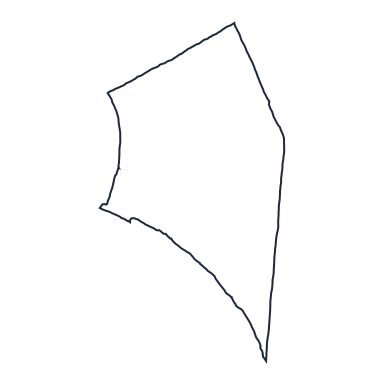 the district of Rufisque, Dakar, Senegal
{"feature_id": "50182788B16861669195445", "entity_name": "Rufisque", "entity_type": "district", "adm_level": 2, "iso_a3": "SEN", "parent_name": "Senegal", "parent_adm1": "Dakar", "projection": "robinson", "projection_center": [-17.203, 14.737], "detail": "fine", "context": "isolated", "style": "outline", "palette": "slate", "viewbox_px": 384, "rotation_deg": 0, "n_neighbors": 0, "source": "geoboundaries", "source_scale": "gbopen_adm2", "svg_char_len": 4096}
<svg xmlns="http://www.w3.org/2000/svg" viewBox="0 0 384 384"><path d="M275.7,244.7L275.8,242.5L276.1,239.0L276.5,236.4L276.9,234.0L277.6,231.0L278.0,229.1L278.3,226.5L278.2,223.6L278.2,220.7L278.4,217.8L278.6,214.9L278.6,211.7L278.8,208.9L278.8,206.3L279.2,202.8L279.7,199.5L279.8,196.5L280.0,194.1L280.0,191.0L280.4,188.2L280.5,185.9L281.1,182.9L281.1,180.9L281.1,178.1L281.5,176.1L281.6,173.9L282.1,170.8L282.4,168.3L282.5,165.9L282.5,164.0L282.9,161.6L283.4,158.8L283.6,155.8L284.0,153.6L284.2,151.0L284.1,148.1L284.2,146.4L284.0,143.7L284.1,141.8L284.0,139.5L283.9,137.8L283.3,136.0L282.3,133.1L280.9,130.2L279.9,127.2L278.3,125.4L276.7,122.7L275.1,119.5L274.9,119.1L273.6,116.7L272.2,111.8L270.2,108.2L268.9,104.3L269.3,101.4L268.1,99.7L267.4,98.7L266.5,97.0L265.4,94.6L264.0,92.3L263.1,89.4L261.8,86.5L260.8,84.3L259.7,81.5L258.6,78.7L257.8,76.6L257.0,74.6L256.3,72.4L255.1,69.9L254.3,67.2L253.4,65.0L252.4,62.6L250.8,59.4L249.5,57.0L248.2,53.9L246.7,51.3L246.0,49.1L245.0,46.9L244.1,44.7L242.5,42.2L241.3,39.9L240.8,38.4L240.3,36.8L239.5,34.4L238.2,31.8L237.1,30.0L236.3,28.2L235.1,26.1L234.3,23.0L233.0,23.9L231.0,25.1L228.3,26.2L226.6,26.9L223.3,29.1L221.6,30.4L219.6,31.8L218.2,32.5L216.5,33.8L214.9,34.5L212.7,35.3L211.3,36.4L209.4,37.2L207.7,38.7L205.9,39.3L203.9,39.9L201.4,41.8L199.3,43.5L196.2,44.5L194.3,45.7L192.2,46.8L190.5,47.8L187.8,49.1L186.2,50.4L184.2,51.7L182.6,53.0L181.2,53.9L179.7,54.4L177.8,55.8L175.0,57.7L173.8,58.3L173.3,59.0L170.7,60.3L168.8,60.8L166.5,61.9L164.8,63.2L161.8,64.0L159.7,64.8L157.9,66.6L155.4,67.6L152.6,68.6L150.0,70.0L149.1,70.8L147.2,71.8L145.2,73.0L142.3,74.9L140.7,75.8L137.6,76.7L135.3,78.7L134.3,79.2L131.9,80.7L128.9,82.2L126.0,83.4L123.9,85.2L120.9,86.5L119.3,87.3L117.4,88.0L115.1,89.0L112.8,90.4L111.0,91.0L108.9,92.0L108.1,92.8L107.7,93.1L111.5,99.1L112.3,102.3L113.9,105.4L114.1,105.8L116.5,111.5L118.4,118.2L118.7,122.8L120.2,132.4L120.3,142.4L119.5,148.1L119.4,151.2L119.4,154.7L119.0,162.2L118.4,166.7L118.9,167.9L118.5,167.7L116.2,174.7L115.3,175.3L114.5,177.9L114.2,178.9L113.7,181.5L113.1,184.1L112.7,185.9L112.2,188.0L111.0,191.1L110.4,193.1L109.7,196.6L107.8,201.1L107.0,204.1L105.8,204.6L104.2,204.0L102.4,204.4L99.8,208.0L100.1,208.2L102.3,209.3L104.0,210.0L107.1,211.1L109.5,211.8L112.0,213.1L112.4,213.3L114.3,214.2L116.3,214.9L118.6,216.1L119.6,216.5L121.9,218.3L122.3,218.2L124.1,218.8L125.0,219.4L126.0,220.2L127.3,220.8L127.7,221.0L127.8,221.0L128.6,221.3L130.0,222.2L130.0,220.4L130.6,219.3L131.3,218.4L132.8,218.2L134.5,218.3L136.4,219.1L138.3,219.6L140.8,221.6L143.6,223.0L145.5,224.5L147.2,225.2L149.4,226.3L151.5,227.3L153.5,228.1L155.9,229.8L157.0,230.2L157.7,230.5L158.9,230.1L160.4,230.9L162.1,232.6L163.9,233.8L165.8,233.9L167.3,235.8L170.2,238.6L171.1,238.4L172.6,240.8L174.2,242.5L176.1,244.2L177.9,245.4L179.3,246.5L180.7,247.8L182.7,249.2L185.2,250.6L187.3,252.2L189.0,252.8L190.8,254.5L192.2,256.1L193.2,257.4L194.4,259.0L196.0,260.3L197.8,261.7L200.2,263.4L200.2,264.0L200.7,264.4L202.6,265.9L204.2,267.4L206.4,269.2L208.3,271.3L210.5,272.6L212.4,274.2L214.4,276.0L215.7,278.8L218.0,282.0L220.4,285.3L222.1,287.3L224.8,290.7L226.0,293.0L228.0,294.5L229.6,295.5L231.2,297.2L231.4,296.2L232.0,298.3L234.1,302.4L235.5,304.1L235.9,305.7L237.5,307.0L239.0,308.0L240.4,308.7L242.1,310.0L243.4,311.8L244.0,313.1L245.0,314.6L245.8,316.1L246.5,316.9L247.6,318.8L248.7,320.5L250.0,322.8L251.0,324.8L251.8,327.0L252.8,328.7L254.0,331.0L254.7,333.1L255.1,334.5L255.8,336.5L256.5,338.0L257.4,339.2L258.5,340.7L259.4,342.5L260.0,344.1L260.6,346.1L260.3,346.4L260.4,347.9L260.9,349.3L262.0,350.8L262.7,352.8L262.5,353.9L263.0,355.0L262.9,356.6L264.0,357.9L265.1,359.5L266.1,361.0L266.4,355.0L266.5,352.4L266.8,348.6L266.9,344.9L267.2,340.9L267.6,338.0L268.3,334.3L268.6,331.5L268.9,328.7L269.1,325.2L269.4,321.6L269.7,316.5L270.0,312.9L270.2,308.7L270.3,306.0L270.3,302.8L270.5,299.8L270.9,296.2L271.1,293.1L271.9,289.9L272.3,286.2L272.5,283.2L272.6,279.5L273.3,276.0L273.7,272.5L273.8,268.9L274.1,264.2L274.3,260.1L274.4,256.4L274.9,252.7L275.1,248.9L275.7,244.7Z" fill="none" stroke="#1e293b" stroke-width="2"/></svg>